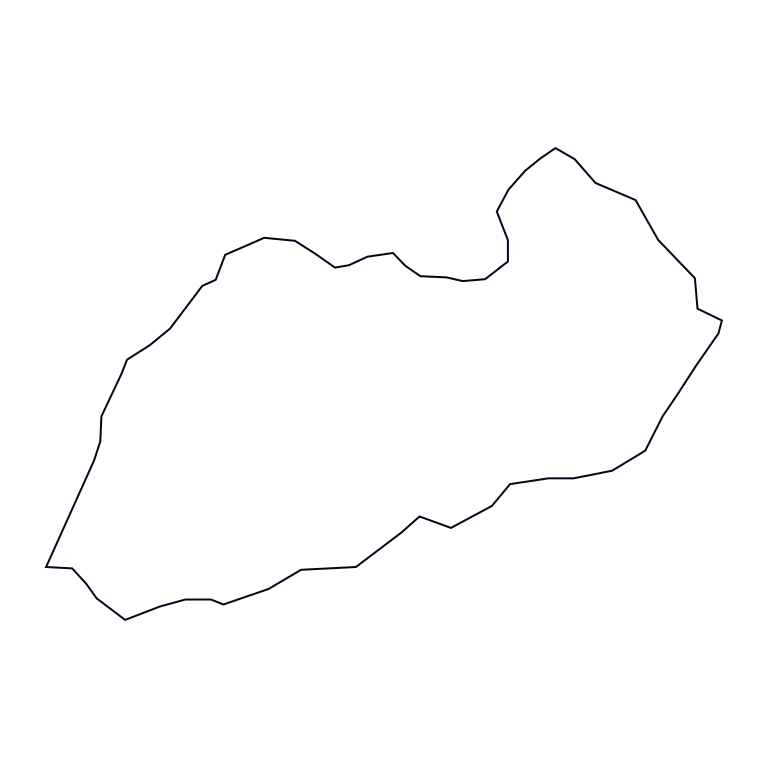 Mesa Chorio, Paphos, Cyprus
{"feature_id": "46923920B48384337432530", "entity_name": "Mesa Chorio", "entity_type": "district", "adm_level": 2, "iso_a3": "CYP", "parent_name": "Cyprus", "parent_adm1": "Paphos", "projection": "equal_earth", "projection_center": [32.469, 34.809], "detail": "fine", "context": "isolated", "style": "outline", "palette": "ink", "viewbox_px": 768, "rotation_deg": 0, "n_neighbors": 0, "source": "geoboundaries", "source_scale": "gbopen_adm2", "svg_char_len": 878}
<svg xmlns="http://www.w3.org/2000/svg" viewBox="0 0 768 768"><path d="M223.4,604.5L268.7,588.9L301.0,569.8L355.9,567.0L401.2,532.7L419.5,516.5L450.9,527.9L491.8,506.0L510.1,484.1L548.5,478.3L573.7,478.3L612.1,470.7L645.2,450.7L662.6,416.4L677.4,394.5L696.6,364.9L718.4,333.5L721.9,320.5L697.5,308.7L694.9,278.2L658.3,240.1L645.6,217.8L635.6,200.1L595.5,183.0L574.6,159.1L555.4,148.1L540.3,158.5L525.2,170.7L508.5,189.6L496.8,211.5L507.9,240.2L507.9,261.5L485.1,279.2L462.8,281.1L446.6,277.4L420.4,276.2L405.3,265.8L393.0,253.0L367.4,256.7L349.0,265.2L335.0,267.6L315.0,253.6L294.9,240.8L264.2,237.8L225.2,254.8L215.7,279.8L202.3,285.9L170.0,328.6L149.9,345.1L127.0,359.7L121.5,373.8L101.4,416.4L100.3,441.4L94.1,460.4L46.1,567.0L72.2,568.4L86.4,584.0L96.7,598.4L125.1,619.9L159.9,606.5L185.4,599.5L210.9,599.5L223.4,604.5Z" fill="none" stroke="#020617" stroke-width="2"/></svg>